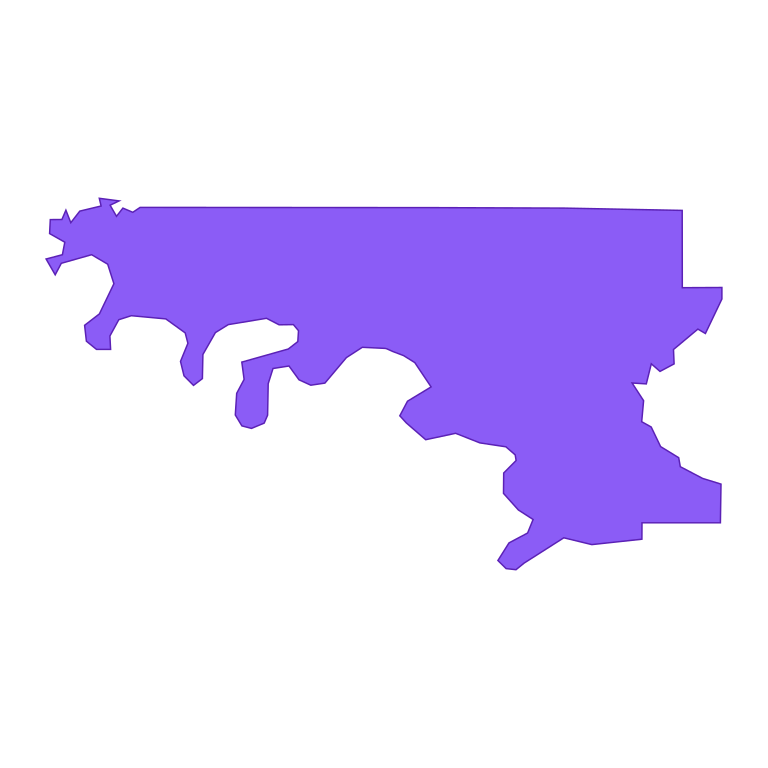 Catahoula, Louisiana, United States of America, rotated 90°
{"feature_id": "52423323B45931526647810", "entity_name": "Catahoula", "entity_type": "district", "adm_level": 2, "iso_a3": "USA", "parent_name": "United States of America", "parent_adm1": "Louisiana", "projection": "albers", "projection_center": [-91.808, 31.597], "detail": "fine", "context": "isolated", "style": "filled", "palette": "violet", "viewbox_px": 768, "rotation_deg": 90, "n_neighbors": 0, "source": "geoboundaries", "source_scale": "gbopen_adm2", "svg_char_len": 1548}
<svg xmlns="http://www.w3.org/2000/svg" viewBox="0 0 768 768"><g transform="rotate(90 384 384)"><path d="M210.4,85.8L208.1,203.9L207.6,342.2L207.6,366.9L207.4,627.9L212.3,635.2L208.1,645.1L216.3,651.5L205.2,657.9L200.9,648.9L198.3,668.7L206.0,666.9L211.1,688.2L222.7,697.2L210.2,702.1L219.5,706.1L219.6,717.7L233.6,718.4L242.2,703.2L254.7,705.6L259.0,721.9L274.8,712.8L263.3,706.7L254.7,676.4L264.2,660.3L283.7,654.1L313.9,668.6L325.3,683.4L341.2,681.6L349.4,671.5L349.4,657.4L336.0,658.1L319.7,649.2L315.7,636.7L318.9,602.2L332.9,582.8L343.3,580.1L361.4,587.5L375.8,584.0L385.4,574.5L378.6,565.6L354.5,565.1L332.6,552.6L324.6,539.7L318.3,501.5L324.8,488.9L324.6,474.6L330.7,469.5L341.6,470.2L349.0,479.7L362.1,526.2L379.4,523.9L393.3,531.3L415.0,532.7L425.9,526.1L428.4,516.5L423.1,503.8L415.2,500.4L383.7,499.8L368.5,495.0L366.0,479.0L379.8,469.0L385.2,457.2L383.1,443.1L357.6,421.6L347.3,405.7L348.4,382.7L348.8,381.2L351.5,375.2L355.6,364.4L362.6,353.2L386.9,336.9L401.2,360.5L415.8,368.2L423.0,361.6L439.7,342.3L433.3,312.4L442.9,288.1L446.8,262.1L454.9,252.8L460.5,251.9L473.0,264.3L493.4,264.5L510.0,249.6L519.5,234.9L533.0,240.4L542.9,259.0L560.5,270.1L568.6,261.9L569.7,252.0L563.1,243.9L537.8,204.2L544.6,176.2L539.2,126.1L522.8,126.0L522.8,47.6L484.1,47.0L478.4,65.4L466.7,87.7L457.7,89.3L446.6,107.4L427.0,116.8L421.7,126.3L400.7,124.4L383.0,135.9L383.9,121.7L363.8,116.7L371.4,108.0L363.9,93.9L349.5,94.5L329.1,70.1L333.5,62.6L299.0,46.1L287.5,46.1L287.7,85.7L210.4,85.8Z" fill="#8b5cf6" stroke="#5b21b6" stroke-width="1.5"/></g></svg>